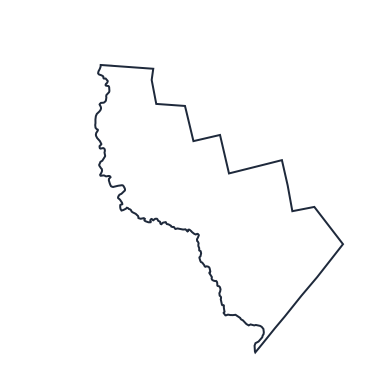 Essex, Vermont, United States of America (Albers equal-area conic projection), rotated 130°
{"feature_id": "52423323B77822845094766", "entity_name": "Essex", "entity_type": "district", "adm_level": 2, "iso_a3": "USA", "parent_name": "United States of America", "parent_adm1": "Vermont", "projection": "albers", "projection_center": [-71.622, 44.681], "detail": "fine", "context": "isolated", "style": "outline", "palette": "slate", "viewbox_px": 384, "rotation_deg": 130, "n_neighbors": 0, "source": "geoboundaries", "source_scale": "gbopen_adm2", "svg_char_len": 4008}
<svg xmlns="http://www.w3.org/2000/svg" viewBox="0 0 384 384"><g transform="rotate(130 192 192)"><path d="M262.6,40.5L243.4,40.9L227.6,40.9L201.2,41.5L176.8,41.4L134.9,42.8L124.8,88.7L142.2,102.8L125.5,122.9L109.8,143.6L120.9,151.6L154.0,175.6L130.3,207.2L152.1,223.6L134.1,247.9L130.6,252.7L147.5,276.0L132.1,294.9L122.5,300.9L153.4,343.6L154.9,342.5L157.2,341.7L159.6,341.2L161.0,340.5L161.5,340.1L161.7,339.2L161.7,338.7L160.8,336.3L160.5,334.6L160.7,334.0L161.5,333.3L161.7,332.8L161.7,332.3L160.8,331.4L160.6,331.0L161.1,328.0L161.5,327.6L162.9,327.2L164.6,327.4L165.6,327.0L165.8,326.2L164.6,324.2L164.6,323.5L165.0,322.8L167.7,320.2L168.8,319.7L172.7,319.9L173.8,319.3L174.6,318.4L176.2,317.4L176.9,317.0L177.2,316.8L178.1,316.6L180.0,316.9L180.6,317.3L182.2,319.0L183.6,319.2L184.3,319.1L184.5,318.8L185.3,316.8L186.0,315.8L186.6,315.3L188.0,314.8L189.8,314.7L193.4,315.1L195.7,314.4L198.5,312.6L201.3,310.2L202.9,309.2L204.8,307.2L205.1,305.2L204.8,304.4L205.0,303.9L205.7,303.6L208.4,303.3L210.0,302.4L210.7,301.5L211.6,299.4L212.2,295.3L213.5,292.3L213.8,292.1L216.2,292.3L216.9,291.8L217.7,290.7L217.5,289.9L215.7,288.5L215.3,288.0L215.2,287.1L215.3,286.6L215.9,285.7L216.8,285.0L218.0,284.4L220.2,281.7L220.7,281.5L225.1,280.9L225.6,280.8L227.7,281.5L231.0,280.5L231.5,279.6L232.3,276.9L232.4,275.8L233.6,274.5L234.6,274.1L235.6,273.8L237.3,273.5L237.7,273.5L238.1,273.1L238.3,272.5L238.0,272.1L236.3,270.6L235.7,269.7L235.4,268.2L235.1,267.7L233.4,266.3L232.8,265.4L232.7,264.5L233.1,263.9L235.0,264.1L235.4,264.0L236.5,263.2L238.3,260.5L239.1,259.0L239.6,257.8L239.5,257.1L238.9,255.7L234.7,252.6L231.8,250.0L231.4,249.1L231.5,248.3L232.1,246.6L232.8,245.3L233.4,244.7L234.0,244.4L238.7,244.9L240.7,245.8L242.7,245.6L243.8,245.1L244.2,244.5L244.1,243.0L244.2,242.1L245.2,238.7L246.0,237.6L246.6,237.7L247.3,238.3L247.8,238.6L248.7,238.2L250.2,236.8L251.0,235.7L251.5,234.1L250.1,233.1L247.3,231.9L245.9,231.8L245.5,230.7L245.6,229.5L245.1,228.2L245.1,227.2L245.4,226.5L245.8,225.6L245.7,224.4L244.9,221.1L245.1,217.8L245.5,217.2L246.0,216.7L246.4,216.2L245.5,214.1L243.1,212.2L242.9,211.8L242.9,210.8L244.1,210.5L244.4,209.8L244.4,209.7L244.2,208.6L243.2,205.9L242.3,204.8L241.8,204.3L241.3,204.4L240.9,205.3L240.4,205.8L239.8,205.9L238.8,205.8L238.5,205.1L238.5,204.6L238.7,204.0L238.6,203.5L236.3,203.0L235.7,202.5L235.1,201.7L235.1,201.0L235.6,199.9L235.8,199.1L235.4,198.0L235.4,197.3L235.8,196.8L236.5,195.9L236.6,195.3L236.3,194.7L234.9,194.7L234.0,194.4L232.0,192.8L232.0,192.5L232.5,191.6L232.7,190.6L231.9,189.2L231.4,186.5L231.8,185.6L231.2,184.2L230.7,183.8L230.5,183.3L230.5,182.9L231.0,181.5L230.9,180.9L229.2,179.6L226.5,174.7L224.8,173.0L224.8,172.4L225.1,170.5L225.1,170.1L224.6,169.9L223.5,170.6L223.3,170.6L222.7,170.1L222.5,169.5L222.5,167.3L222.7,166.4L222.6,163.3L222.1,161.8L220.7,161.1L220.5,160.5L220.4,160.4L220.5,159.4L220.7,159.0L223.0,158.2L225.0,157.8L226.2,156.6L226.2,155.7L227.0,154.0L228.1,153.4L229.3,152.4L230.3,150.5L232.1,148.9L232.1,148.5L231.9,148.0L231.8,147.3L233.1,145.6L235.8,144.2L237.2,144.3L237.6,144.1L239.4,141.4L239.9,140.1L239.5,138.7L240.3,135.3L240.8,134.5L240.7,133.7L239.5,133.0L238.8,131.6L238.7,130.4L239.1,129.5L241.1,126.9L242.0,126.5L242.2,126.9L242.5,126.9L243.0,126.5L244.4,122.1L245.7,121.3L246.2,120.5L246.3,119.9L246.1,118.6L245.3,116.9L244.7,116.4L244.7,115.5L245.1,114.7L245.7,114.0L247.4,112.4L247.4,111.8L246.8,110.6L246.9,109.7L247.1,109.2L248.2,107.6L250.1,106.5L251.9,106.0L253.6,104.2L253.7,102.7L253.9,102.3L254.4,101.7L255.8,100.9L259.1,96.6L259.2,96.0L258.5,95.3L258.4,94.9L258.5,94.6L260.2,93.2L262.2,90.9L262.7,90.2L263.2,90.0L264.0,90.2L264.4,89.9L265.0,87.2L264.8,86.8L262.8,85.6L261.6,83.5L260.0,81.5L258.1,79.7L257.5,74.1L257.8,73.6L258.0,72.4L257.6,70.5L258.2,65.4L257.7,62.8L255.8,62.0L254.2,58.6L252.8,57.6L250.8,53.8L250.5,52.0L251.0,49.3L253.3,46.8L254.9,45.8L256.5,45.6L258.2,44.8L263.8,44.9L267.0,46.2L269.5,45.3L273.8,41.2L274.2,40.4L262.6,40.5Z" fill="none" stroke="#1e293b" stroke-width="2"/></g></svg>